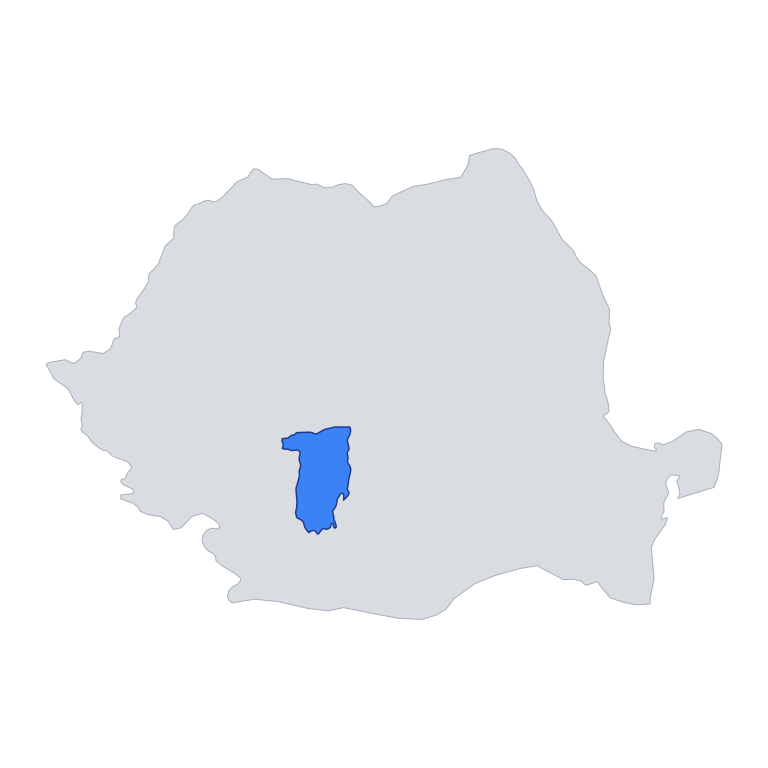 Romania, with Vâlcea highlighted
{"feature_id": "ROU-304", "entity_name": "Vâlcea", "entity_type": "County", "adm_level": 1, "iso_a3": "ROU", "parent_name": "Romania", "parent_adm1": "", "projection": "albers", "projection_center": [24.119, 45.04], "detail": "fine", "context": "in_parent", "style": "filled", "palette": "blue", "viewbox_px": 768, "rotation_deg": 0, "n_neighbors": 0, "source": "natural_earth", "source_scale": "10m", "svg_char_len": 5418}
<svg xmlns="http://www.w3.org/2000/svg" viewBox="0 0 768 768"><path d="M613.8,431.1L621.8,441.3L631.7,446.4L654.3,451.1L656.2,450.3L656.4,449.1L654.7,447.7L654.4,445.7L655.3,443.3L658.4,443.0L663.5,444.8L672.9,441.1L686.4,431.9L699.2,429.3L711.2,433.5L717.7,438.9L721.9,444.2L721.2,451.0L720.7,455.3L718.8,473.1L717.1,479.7L714.1,487.3L677.9,498.4L680.0,494.1L678.7,486.8L676.8,481.3L679.9,476.1L671.5,474.7L668.1,477.7L665.5,482.7L668.7,493.6L665.0,500.0L663.7,503.5L664.0,511.6L661.8,515.3L661.5,519.1L667.4,517.8L665.1,524.9L654.8,539.0L651.3,547.2L654.1,579.0L650.1,598.3L650.1,603.9L638.1,604.7L634.6,604.5L623.1,602.2L610.2,597.8L602.3,588.3L597.2,581.5L586.7,585.2L584.6,584.4L581.5,581.2L573.3,579.3L563.4,579.6L540.5,567.7L538.0,565.6L520.6,568.4L494.5,575.6L474.6,583.9L454.2,598.4L446.0,609.2L436.3,615.0L422.4,619.4L397.5,618.2L371.4,613.2L343.5,607.6L328.5,610.8L308.2,608.5L277.5,601.5L254.7,599.2L232.1,602.9L228.4,599.8L227.6,596.3L228.6,591.3L231.8,587.3L237.3,584.4L240.2,581.3L240.6,578.2L234.5,573.1L222.2,565.9L217.1,561.5L215.9,560.4L215.6,556.5L213.1,553.4L208.3,551.1L204.6,546.9L202.1,541.0L202.8,535.5L206.6,530.4L211.5,528.2L217.4,529.0L219.8,527.6L218.9,524.0L213.3,519.2L202.9,513.4L192.2,516.2L181.0,527.8L173.1,529.5L168.5,521.4L160.1,516.5L147.8,514.6L140.4,511.4L137.7,506.7L132.4,503.0L120.8,498.9L120.7,495.3L122.7,494.5L126.9,494.3L132.5,493.7L133.5,491.7L133.6,489.9L129.2,487.3L124.8,485.6L122.5,483.9L121.1,482.1L120.9,480.2L122.2,479.0L124.0,479.0L125.8,477.9L127.0,473.7L129.5,470.2L131.3,469.0L131.2,466.4L129.5,463.9L127.2,461.7L123.6,460.3L112.6,456.2L107.1,450.8L103.7,450.5L98.3,447.5L92.6,442.8L87.8,436.2L82.5,431.9L81.1,430.1L81.1,428.5L82.1,426.8L82.2,424.8L81.0,418.6L82.2,412.0L82.2,405.8L82.3,403.0L81.3,402.2L80.3,403.0L78.9,404.2L77.6,404.3L73.7,399.7L69.0,390.2L65.7,387.0L59.2,382.5L53.7,378.7L50.0,370.9L46.1,364.7L49.0,362.4L65.2,359.7L72.5,363.4L75.9,362.3L79.3,359.7L81.2,357.6L81.6,355.2L83.3,352.3L88.8,351.2L103.1,353.5L109.0,349.7L111.2,347.5L112.7,342.6L114.3,338.7L119.5,336.8L119.6,333.1L118.9,329.2L122.2,320.5L124.2,317.0L127.1,315.7L130.7,313.1L136.9,307.5L135.6,302.5L137.0,298.8L143.5,290.0L148.6,281.4L148.6,277.0L149.4,273.2L153.8,269.2L158.4,263.9L164.7,247.1L166.8,244.3L170.7,241.1L173.6,238.0L174.2,226.8L177.0,223.7L182.1,220.2L187.3,214.5L191.6,207.7L194.8,204.6L199.0,203.8L203.6,201.2L208.7,200.3L213.6,201.8L216.8,201.1L221.5,197.9L233.7,185.5L235.5,183.0L238.0,181.3L247.8,177.1L250.3,172.8L253.6,168.9L258.0,169.3L271.9,179.1L287.0,178.6L289.8,179.0L290.7,179.2L292.5,180.0L312.5,184.8L315.7,184.3L316.5,183.9L324.6,187.8L331.7,187.3L338.5,184.6L345.6,183.6L352.1,185.2L357.1,190.7L370.0,202.4L373.8,206.8L379.7,206.1L386.2,203.8L392.7,195.8L412.8,186.6L428.2,184.1L443.1,180.2L460.4,177.3L465.3,169.8L467.9,164.8L469.6,155.5L478.9,152.5L487.7,150.4L490.8,149.1L497.3,148.6L502.3,149.2L510.2,153.5L515.8,159.0L518.1,163.5L523.0,169.7L528.3,178.5L534.1,190.3L535.5,196.3L537.8,202.8L542.2,210.6L550.3,219.1L551.5,220.8L555.2,226.8L562.6,240.3L568.5,245.6L573.8,251.4L576.4,257.3L580.3,262.6L589.0,269.5L596.1,275.8L602.5,294.5L606.7,303.1L609.5,309.6L609.0,323.2L610.8,328.9L608.2,339.7L603.6,361.3L603.1,378.3L604.5,387.4L604.9,393.2L606.5,396.9L608.4,404.5L609.0,411.3L607.0,413.3L604.2,415.0L603.2,416.5L606.0,419.4L609.9,424.8L613.8,431.1Z" fill="#d9dde1" stroke="#a8b0b8" stroke-width="1"/><path d="M282.3,448.4L283.3,445.4L283.1,444.3L282.2,441.2L282.0,440.3L282.3,438.7L285.3,438.3L286.7,438.4L287.6,438.1L289.1,437.2L291.3,435.5L292.2,435.1L293.4,435.1L294.3,434.8L295.0,434.3L295.6,433.6L296.2,433.0L297.3,432.6L309.2,432.2L311.9,432.6L314.5,433.7L315.6,433.9L316.9,433.8L324.1,429.7L325.1,429.3L335.1,427.0L349.8,427.1L350.7,430.4L349.7,434.9L347.6,438.9L347.4,440.0L347.4,441.2L348.9,447.6L349.1,448.8L348.9,449.7L348.4,450.6L347.8,451.2L347.4,452.0L347.2,453.0L347.3,454.1L348.0,456.6L347.8,459.1L347.5,461.2L347.6,462.5L348.0,463.5L349.1,464.7L349.6,465.5L350.1,466.7L350.6,468.2L350.7,470.6L348.6,480.2L347.8,486.4L347.2,488.5L347.3,489.4L347.8,490.3L348.4,491.2L348.9,492.3L349.0,493.3L348.8,494.1L348.3,495.0L345.5,498.4L343.7,499.8L343.8,495.1L343.4,494.3L342.9,493.5L342.1,493.3L341.4,493.3L340.7,493.8L340.1,494.4L339.6,495.2L337.5,498.8L337.2,500.0L336.9,501.2L336.8,502.6L336.3,504.8L335.9,506.0L335.2,507.2L334.1,509.1L332.7,510.5L332.7,511.4L333.0,513.6L334.0,518.0L333.7,519.7L334.6,521.0L335.4,522.9L336.0,525.2L336.2,527.1L335.6,527.6L335.0,528.1L334.4,527.7L333.8,527.0L333.5,526.3L333.3,525.7L333.3,525.0L333.4,524.0L333.2,523.6L332.8,523.4L332.1,523.4L331.2,524.1L330.9,524.9L330.4,527.1L329.8,527.8L327.7,529.0L327.0,529.2L326.2,529.2L324.5,528.8L323.6,528.7L322.8,528.8L321.9,529.3L321.2,530.2L318.9,533.5L318.0,533.9L317.4,533.9L316.9,533.4L316.2,532.2L315.6,531.4L314.9,530.9L314.2,530.6L313.4,530.4L312.4,530.6L311.6,530.8L308.9,532.6L306.8,530.4L305.6,528.6L304.8,527.1L303.3,522.0L302.6,521.1L301.9,520.5L299.5,519.0L298.4,518.5L297.1,517.7L296.6,517.0L296.3,516.0L296.2,515.2L295.6,512.8L296.7,507.0L297.0,501.5L296.0,489.8L296.2,487.8L296.5,486.5L297.3,484.2L299.4,476.2L299.4,474.8L299.2,471.3L299.5,469.9L300.6,466.5L300.7,465.2L300.4,463.8L299.7,461.9L299.1,459.1L299.3,457.2L300.2,453.2L299.9,452.1L299.4,451.3L298.1,450.3L297.5,450.0L296.9,450.0L292.5,450.5L291.2,450.4L290.1,450.2L288.7,449.4L287.9,449.2L284.5,449.1L282.3,448.4Z" fill="#3b82f6" stroke="#1e3a8a" stroke-width="1.5"/></svg>